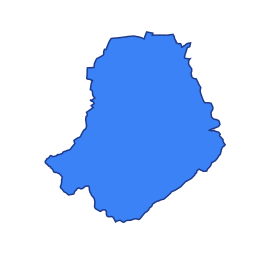 Tarnova, Arad, Romania, rotated 343°
{"feature_id": "2599482B94881102613280", "entity_name": "Tarnova", "entity_type": "district", "adm_level": 2, "iso_a3": "ROU", "parent_name": "Romania", "parent_adm1": "Arad", "projection": "robinson", "projection_center": [21.761, 46.274], "detail": "fine", "context": "isolated", "style": "filled", "palette": "blue", "viewbox_px": 256, "rotation_deg": 343, "n_neighbors": 0, "source": "geoboundaries", "source_scale": "gbopen_adm2", "svg_char_len": 5554}
<svg xmlns="http://www.w3.org/2000/svg" viewBox="0 0 256 256"><g transform="rotate(343 128 128)"><path d="M88.7,214.2L89.8,213.8L91.3,213.7L93.5,213.9L95.6,216.5L96.4,216.9L97.0,216.9L98.2,216.3L98.7,216.1L100.1,216.1L103.7,217.0L107.2,216.8L109.3,217.2L111.3,218.5L112.6,218.5L119.3,214.0L120.1,213.8L121.5,213.5L123.6,212.4L125.4,210.7L127.8,209.8L129.2,208.0L130.2,207.6L131.3,207.4L131.9,207.0L133.5,206.8L134.4,206.6L136.4,206.7L138.4,206.3L141.5,206.5L145.2,204.9L149.6,202.8L150.9,201.7L154.9,201.3L161.2,199.6L167.2,196.2L173.8,194.8L178.2,192.4L178.8,191.3L180.3,191.0L181.4,189.0L184.1,188.1L185.2,189.5L186.4,190.3L187.2,191.4L190.7,192.2L191.9,190.6L194.5,189.2L195.6,188.5L196.8,187.2L197.9,185.6L199.7,185.3L202.1,184.7L204.4,183.2L206.0,181.9L206.7,181.0L207.9,180.6L208.9,179.7L209.1,179.0L210.2,177.7L210.4,176.8L212.2,174.5L213.0,173.9L213.8,173.5L214.6,173.4L215.0,173.0L215.5,172.9L216.0,172.4L215.3,170.4L215.2,169.5L214.9,168.3L215.2,167.7L215.5,166.8L214.9,165.8L214.1,163.8L213.4,163.0L213.3,161.9L214.4,160.9L213.9,159.6L213.6,158.7L212.9,158.1L211.6,157.3L210.5,156.7L210.0,156.3L209.9,155.7L209.1,155.3L208.4,155.3L207.4,155.3L207.0,154.8L205.9,154.5L205.1,153.9L205.7,153.7L209.1,153.4L211.3,153.4L215.0,153.0L217.0,151.4L217.1,148.3L216.8,147.4L214.9,145.7L212.5,144.5L211.1,142.0L211.8,137.7L212.7,136.6L214.5,135.0L215.2,133.3L214.8,128.9L213.3,127.8L209.0,126.3L208.4,125.6L207.9,122.3L207.6,115.6L208.1,112.9L209.4,110.6L208.6,107.5L207.6,100.9L206.5,100.5L205.1,99.6L204.4,98.7L203.8,97.1L204.2,96.4L204.2,94.1L205.4,92.6L205.9,91.1L206.2,89.9L205.5,88.1L204.6,84.8L205.0,83.4L205.8,81.3L207.6,79.9L206.5,79.8L203.0,78.0L202.6,77.3L202.5,77.2L204.1,74.4L208.3,68.4L210.8,68.3L212.7,64.9L210.5,64.6L208.7,64.6L208.4,64.8L207.5,65.2L206.6,65.6L204.7,66.0L204.0,66.4L203.2,66.6L203.0,62.8L202.6,62.6L202.2,62.6L201.8,62.3L201.5,62.4L200.7,62.2L200.1,61.4L199.7,61.2L199.0,60.1L199.3,59.6L199.3,59.1L198.7,56.5L198.7,55.6L198.9,54.7L198.9,54.0L198.4,51.6L192.5,50.7L188.5,49.4L185.7,48.5L178.3,46.3L179.5,44.6L173.9,41.6L171.5,44.7L169.5,47.5L167.1,45.5L165.7,44.5L164.5,43.9L161.9,42.5L161.6,42.4L160.6,41.8L154.4,40.4L154.0,40.4L151.7,40.1L147.2,39.3L144.0,38.7L143.0,38.5L140.0,37.8L138.0,37.5L136.1,39.1L135.4,39.8L134.6,40.7L132.2,43.6L130.0,46.6L128.6,46.0L128.5,45.9L127.0,48.0L126.6,49.5L126.3,50.3L125.7,51.0L123.6,51.6L119.4,52.4L118.8,52.4L117.4,53.4L114.6,56.8L113.2,60.2L106.7,58.6L105.7,61.4L104.6,64.7L103.0,68.7L103.6,69.4L106.0,70.5L106.8,71.0L106.8,71.7L107.3,71.7L107.4,72.1L107.9,72.3L107.4,73.0L106.9,73.3L106.7,73.7L106.4,73.9L106.2,74.3L105.9,74.7L104.5,77.5L103.7,79.2L103.2,80.3L104.4,81.4L104.6,81.8L104.6,82.6L104.2,84.7L103.9,86.8L104.6,88.7L105.1,89.6L102.0,90.7L101.6,90.8L100.7,90.4L99.8,90.1L100.5,90.7L100.7,91.1L100.8,91.6L101.2,91.7L101.8,92.1L102.3,92.5L102.5,93.2L102.6,93.5L102.7,94.0L102.8,94.8L98.8,95.9L99.5,96.0L99.7,96.5L100.0,97.4L100.6,98.2L100.7,98.3L93.1,100.8L92.9,100.9L92.9,101.2L92.9,101.5L93.0,102.0L93.0,102.6L93.1,102.9L93.0,103.7L92.0,104.6L91.5,104.6L91.2,104.9L91.3,105.3L90.4,106.4L89.9,108.1L89.8,108.8L89.7,109.8L89.4,111.3L89.2,112.7L88.9,113.7L89.0,113.9L88.8,114.2L88.6,114.6L88.3,115.3L87.7,115.8L87.4,116.1L87.0,116.3L87.0,116.6L86.2,116.9L85.7,117.0L85.3,117.1L85.0,117.2L84.8,117.6L84.3,117.9L83.9,118.1L83.7,118.4L83.2,118.8L82.1,120.1L81.4,120.6L80.8,121.5L80.3,122.0L79.8,122.4L78.9,122.7L77.4,122.7L76.1,123.1L75.4,123.1L74.1,123.6L72.6,124.2L72.6,127.3L72.4,127.3L72.0,127.8L71.4,128.2L69.4,129.4L66.3,131.7L65.7,131.6L65.0,131.8L63.8,131.7L63.4,131.7L62.7,131.7L62.2,131.9L61.6,132.0L61.1,131.9L60.5,131.8L59.9,131.9L58.8,132.1L58.1,132.7L57.8,133.2L57.3,133.2L56.9,133.2L56.3,133.2L55.7,133.3L55.0,133.4L54.9,133.4L54.5,133.2L54.2,133.1L53.8,133.1L53.4,133.0L52.9,132.8L52.5,132.8L52.1,132.8L52.3,132.9L52.3,133.1L52.4,133.3L52.0,133.5L51.6,133.6L51.3,133.7L50.9,133.7L50.3,133.6L49.7,133.6L49.0,133.5L48.4,133.6L48.0,133.5L47.8,133.5L47.6,133.3L47.4,133.1L47.3,132.9L47.2,132.7L46.9,132.4L46.5,132.2L46.4,132.1L46.1,131.8L45.9,131.8L45.3,132.0L45.1,132.1L44.7,132.4L44.4,132.7L44.3,132.8L44.1,133.0L43.9,133.1L43.6,133.3L43.4,133.4L43.3,133.5L42.5,133.6L41.6,133.8L41.2,133.8L41.1,134.0L40.9,134.2L40.6,134.6L40.0,135.2L39.8,135.3L39.2,135.5L39.1,135.9L39.0,136.0L38.9,136.8L38.9,137.1L38.9,137.3L39.1,137.5L39.2,137.9L39.2,138.0L39.5,138.2L39.7,138.5L39.9,138.7L39.9,139.0L40.0,139.2L40.3,139.5L40.4,139.8L40.7,140.4L40.8,140.8L41.3,141.5L41.5,141.6L42.0,141.8L42.1,142.1L42.4,142.5L42.5,142.7L42.5,142.8L42.4,143.1L42.4,143.3L42.6,143.6L42.8,143.9L43.0,144.1L43.2,144.5L43.7,145.2L43.8,145.5L44.0,146.3L44.1,146.9L44.2,147.2L44.1,147.3L44.2,147.5L44.1,147.8L44.3,148.0L44.3,148.4L44.3,148.5L44.8,148.8L45.0,149.0L45.3,149.1L45.5,149.2L45.7,149.4L45.8,149.4L46.3,149.5L46.5,149.5L46.9,149.8L47.0,149.9L47.2,150.2L47.3,150.3L47.6,150.5L48.0,150.8L48.3,151.0L48.6,151.3L49.2,152.0L49.3,152.2L49.4,152.4L49.6,152.8L50.7,155.4L50.7,156.0L49.2,158.5L48.9,159.9L47.7,162.4L46.2,164.2L46.1,164.8L46.3,166.0L47.2,167.5L48.2,170.3L50.1,172.1L51.0,173.9L51.6,174.6L55.8,175.2L57.0,175.1L58.4,173.2L60.5,172.1L62.1,170.9L63.8,171.0L64.3,171.7L65.1,172.4L66.4,172.6L68.0,172.2L69.4,171.6L70.6,171.3L71.5,171.4L73.4,172.2L73.6,173.7L73.0,175.5L72.9,178.6L73.2,179.0L73.4,181.4L75.1,185.5L74.8,188.3L74.5,189.8L73.0,193.3L73.1,194.9L73.4,195.7L76.8,199.4L77.6,199.7L79.1,199.1L80.3,198.9L82.4,199.9L82.9,201.5L82.0,204.5L82.3,206.2L83.1,207.0L84.5,207.5L86.1,207.8L87.4,208.6L88.0,210.1L88.7,214.2Z" fill="#3b82f6" stroke="#1e3a8a" stroke-width="1.5"/></g></svg>